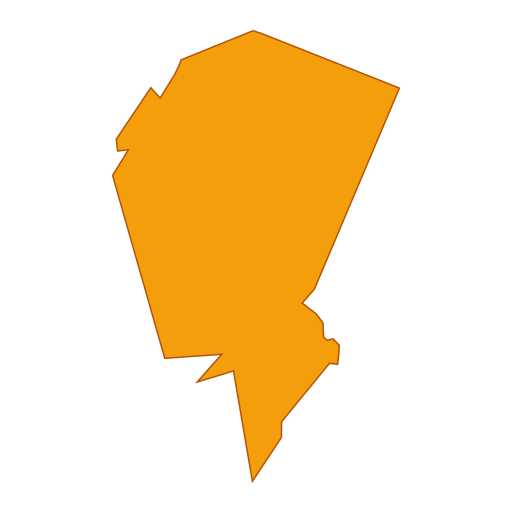 Masvingo Urban, Masvingo, Zimbabwe (Equal Earth projection)
{"feature_id": "62879985B82265466456290", "entity_name": "Masvingo Urban", "entity_type": "district", "adm_level": 2, "iso_a3": "ZWE", "parent_name": "Zimbabwe", "parent_adm1": "Masvingo", "projection": "equal_earth", "projection_center": [30.834, -20.084], "detail": "fine", "context": "isolated", "style": "filled", "palette": "amber", "viewbox_px": 512, "rotation_deg": 0, "n_neighbors": 0, "source": "geoboundaries", "source_scale": "gbopen_adm2", "svg_char_len": 589}
<svg xmlns="http://www.w3.org/2000/svg" viewBox="0 0 512 512"><path d="M253.1,30.7L181.2,59.8L178.6,66.4L174.6,74.6L160.1,98.1L150.8,87.7L116.3,139.1L117.6,151.0L128.4,149.8L116.9,168.4L112.6,175.4L120.8,204.3L144.7,287.8L153.3,318.2L153.9,320.2L164.8,358.3L221.7,354.3L197.2,382.0L233.5,370.9L252.4,481.3L281.4,437.5L281.6,421.7L329.5,363.3L337.6,364.3L338.7,354.9L339.3,345.3L333.0,338.8L327.0,340.3L323.7,337.0L323.3,331.1L323.0,323.0L316.4,314.0L302.2,303.1L314.4,289.1L399.3,88.4L399.4,88.2L398.9,87.9L261.0,33.3L253.1,30.7Z" fill="#f59e0b" stroke="#b45309" stroke-width="1.5"/></svg>